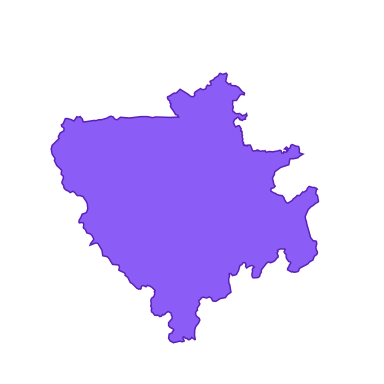 Lalangina, Haute Matsiatra, Madagascar, rotated 149°
{"feature_id": "10022922B72540367204165", "entity_name": "Lalangina", "entity_type": "district", "adm_level": 2, "iso_a3": "MDG", "parent_name": "Madagascar", "parent_adm1": "Haute Matsiatra", "projection": "albers", "projection_center": [47.222, -21.414], "detail": "fine", "context": "isolated", "style": "filled", "palette": "violet", "viewbox_px": 384, "rotation_deg": 149, "n_neighbors": 0, "source": "geoboundaries", "source_scale": "gbopen_adm2", "svg_char_len": 5978}
<svg xmlns="http://www.w3.org/2000/svg" viewBox="0 0 384 384"><g transform="rotate(149 192 192)"><path d="M98.1,257.6L99.8,260.5L103.4,263.0L103.5,263.9L103.0,265.1L105.1,265.5L106.1,269.5L101.3,274.6L101.6,276.3L105.0,276.9L106.6,279.1L107.3,279.3L109.8,278.0L113.9,278.0L115.5,277.2L119.4,277.6L119.9,277.1L119.8,275.0L120.5,274.0L122.3,274.2L123.6,275.7L125.6,274.9L126.1,273.9L127.6,273.4L129.5,273.9L130.6,274.7L131.4,276.3L137.7,276.1L139.1,275.4L139.8,273.5L141.6,273.0L143.3,274.0L144.3,275.6L144.8,277.4L149.3,286.2L154.0,285.0L155.2,285.1L156.5,286.1L162.0,285.9L163.7,286.2L164.3,285.9L164.9,283.7L164.2,281.5L165.0,279.2L164.6,278.3L166.3,276.7L166.5,275.4L166.1,270.3L166.2,266.8L164.9,265.4L164.9,263.1L172.5,267.3L184.6,275.1L187.5,276.0L191.4,279.6L196.9,282.9L207.6,287.7L214.8,292.9L218.8,292.5L219.5,292.8L220.8,294.6L220.9,297.0L222.4,298.7L224.2,299.1L226.7,299.1L231.9,300.4L234.6,301.9L237.9,302.7L238.5,303.5L247.6,307.3L249.1,308.2L248.4,310.9L249.0,314.3L250.8,314.6L251.9,315.9L256.6,313.6L258.3,316.3L261.1,319.3L262.8,320.1L267.3,316.9L269.4,316.8L269.9,315.1L269.1,313.9L268.9,312.5L270.4,310.4L274.3,310.5L275.5,310.1L275.9,309.5L277.8,308.6L278.5,307.0L278.4,306.3L287.9,304.0L290.6,301.3L292.4,296.3L292.1,291.2L293.7,290.0L294.3,284.5L292.7,278.6L292.7,277.5L295.0,274.7L294.2,271.8L295.0,270.3L298.5,267.4L298.9,266.4L298.7,263.9L299.7,260.9L298.9,258.3L297.5,256.5L296.7,254.2L293.8,254.0L292.8,252.1L292.3,248.4L291.7,247.6L289.9,246.7L287.8,244.2L287.5,238.6L287.7,236.1L289.9,231.4L292.7,229.0L293.8,228.8L297.5,229.6L300.6,227.3L302.9,226.2L304.5,224.4L304.4,223.5L302.2,222.6L301.1,221.5L301.4,220.0L303.5,217.4L303.5,216.7L302.7,214.9L303.2,211.1L300.7,208.4L300.2,206.5L300.2,203.4L300.8,201.9L305.4,200.0L306.8,198.9L300.9,197.9L299.9,197.3L299.1,196.2L299.2,188.5L301.3,183.3L297.9,180.1L297.4,177.6L297.4,170.9L292.6,167.3L292.6,165.7L293.3,164.4L294.9,163.0L294.9,162.4L291.5,157.5L291.5,156.0L292.3,155.0L291.0,151.9L291.5,146.1L290.5,144.6L288.8,137.8L287.6,136.1L286.8,136.1L286.1,135.2L285.4,135.5L284.2,137.0L282.8,137.2L281.7,136.7L280.5,134.7L279.9,134.4L278.3,135.0L276.6,133.0L275.4,130.8L274.4,126.7L274.8,126.1L275.5,126.1L276.3,124.0L277.8,122.6L279.3,121.8L280.3,122.0L282.1,121.3L283.3,120.0L284.6,116.9L286.0,115.7L286.6,112.6L287.4,112.3L288.4,110.2L287.6,108.0L287.5,105.7L285.8,104.3L284.4,104.0L283.8,101.8L282.3,101.3L280.4,102.1L280.1,101.4L278.4,101.1L276.7,101.7L274.1,101.9L272.3,99.0L273.2,96.8L273.1,95.7L274.1,93.8L279.3,92.1L280.9,89.5L280.6,87.4L278.8,84.4L278.6,83.1L280.9,82.3L281.2,81.6L281.8,81.3L282.9,81.8L284.8,81.9L287.4,78.7L287.5,75.7L285.6,72.4L279.3,70.4L277.4,68.6L275.6,68.2L275.3,68.6L275.2,71.3L274.6,72.0L273.6,72.2L273.0,70.0L271.6,68.8L271.2,67.2L270.0,66.7L268.0,67.0L267.1,67.5L265.7,64.1L265.2,63.9L263.6,67.9L260.6,72.5L258.2,74.6L253.8,76.4L251.2,78.2L250.9,80.2L252.0,82.8L252.0,84.4L251.2,86.7L249.3,87.7L248.2,87.8L247.3,89.8L243.3,91.7L242.8,92.4L242.6,94.5L242.0,95.4L240.2,95.6L238.3,96.4L236.6,96.1L234.1,93.6L231.1,93.1L230.0,90.8L230.4,88.7L230.0,87.5L227.8,86.0L222.7,86.1L217.8,84.3L214.5,85.7L210.2,86.0L207.4,93.2L207.3,94.9L205.6,98.2L202.6,101.3L202.7,102.2L202.1,102.9L200.7,102.1L200.3,99.5L197.0,98.4L196.1,98.6L192.6,100.7L188.8,104.3L186.7,104.1L184.6,105.2L183.3,104.4L182.9,102.5L184.5,100.4L184.3,98.7L182.1,98.9L179.3,98.5L178.4,98.0L177.5,96.6L177.5,95.3L179.1,95.4L180.1,94.7L181.1,92.6L183.0,90.7L183.9,88.8L184.0,87.4L183.5,86.7L179.6,84.7L177.6,84.8L175.8,86.6L174.0,87.5L172.5,89.6L164.9,92.5L163.0,92.7L161.6,91.9L161.4,91.0L158.4,90.4L156.2,90.5L153.1,91.7L151.7,91.8L151.0,93.0L150.6,95.8L148.9,96.7L148.7,98.0L145.5,97.7L141.7,95.2L141.8,94.6L143.9,93.3L144.0,91.7L143.4,89.9L144.8,87.8L145.2,86.0L144.9,82.6L143.7,81.1L144.0,80.1L146.1,79.3L147.7,77.9L149.2,77.4L150.2,76.1L147.9,72.2L147.1,72.2L146.5,71.2L145.0,70.2L142.4,69.3L141.4,69.4L139.6,70.9L138.3,71.2L129.8,70.7L127.2,71.6L123.4,71.4L120.3,73.9L117.1,74.2L115.7,75.4L115.3,76.3L115.1,78.8L114.4,80.7L111.8,83.3L111.0,84.9L110.9,85.8L111.3,86.4L113.3,87.8L113.8,91.8L109.9,106.1L109.0,108.1L108.8,110.0L107.5,112.8L101.4,117.1L97.4,118.1L94.8,118.1L91.6,118.7L89.6,118.4L88.4,118.8L86.3,124.4L86.9,126.8L83.6,130.5L83.3,130.2L83.3,130.9L85.0,133.1L86.5,133.9L88.1,135.9L89.0,136.5L91.2,135.7L92.7,134.5L94.0,134.3L96.3,134.3L97.1,135.1L101.5,133.5L103.7,134.9L105.4,134.3L108.8,133.9L110.5,133.1L115.4,133.1L116.2,133.7L116.6,134.9L116.6,138.0L116.1,139.3L116.4,142.3L118.9,144.3L120.6,146.4L121.4,148.2L122.1,148.7L123.5,151.3L123.9,152.2L123.6,152.7L122.3,154.3L119.7,153.5L117.7,154.1L117.9,156.2L115.8,162.6L112.5,164.5L110.6,166.7L103.3,167.4L95.0,165.5L91.0,170.0L87.8,168.2L83.6,166.8L81.3,167.3L77.3,167.3L79.6,170.0L79.6,170.8L77.9,173.4L77.2,175.8L77.5,176.4L79.3,177.8L81.7,181.1L83.4,181.1L85.1,179.3L87.1,179.3L87.8,181.8L88.7,181.8L90.6,181.3L88.5,179.1L89.7,178.7L89.7,178.3L89.0,178.0L90.1,177.6L91.5,178.0L92.5,179.3L93.6,178.2L94.9,179.2L94.4,181.6L95.1,182.5L98.1,183.2L100.1,184.2L101.6,184.5L104.9,186.9L108.0,187.9L108.1,189.8L108.7,189.6L109.9,190.7L112.6,191.8L113.8,193.9L114.7,193.7L114.8,194.5L116.1,194.5L118.5,195.7L118.8,197.8L118.3,198.4L117.9,202.2L119.9,203.4L120.8,203.1L120.8,203.7L123.0,204.6L123.4,205.3L123.0,205.4L123.5,205.8L123.0,206.5L123.2,207.1L122.4,207.6L122.5,209.9L121.1,211.2L120.6,213.5L119.5,214.6L119.2,216.4L118.2,217.4L118.0,218.8L118.8,219.3L118.5,219.9L117.3,220.8L117.3,224.5L118.6,225.1L121.1,225.3L121.1,228.0L120.5,230.7L117.6,232.4L116.4,232.1L115.4,232.6L113.8,232.2L113.8,231.0L113.3,230.4L113.9,229.9L113.8,229.5L112.0,227.4L110.6,227.7L108.7,226.9L107.5,228.7L105.6,229.0L104.9,231.1L106.4,230.7L108.9,231.4L109.7,231.3L109.9,232.9L110.8,234.8L113.3,236.0L114.4,237.2L114.7,238.9L115.4,239.6L115.2,240.4L114.6,242.1L113.2,243.0L112.7,244.0L112.5,245.6L110.0,249.3L106.7,247.6L100.6,250.5L98.9,250.1L97.3,248.4L96.2,249.4L96.1,250.2L97.2,251.7L98.1,257.6Z" fill="#8b5cf6" stroke="#5b21b6" stroke-width="1.5"/></g></svg>